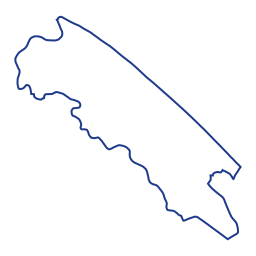 the district of Phu Vang, Thừa Thiên - Huế, Vietnam
{"feature_id": "81297802B31894177777214", "entity_name": "Phu Vang", "entity_type": "district", "adm_level": 2, "iso_a3": "VNM", "parent_name": "Vietnam", "parent_adm1": "Thừa Thiên - Huế", "projection": "robinson", "projection_center": [107.696, 16.453], "detail": "fine", "context": "isolated", "style": "outline", "palette": "blue", "viewbox_px": 256, "rotation_deg": 0, "n_neighbors": 0, "source": "geoboundaries", "source_scale": "gbopen_adm2", "svg_char_len": 5092}
<svg xmlns="http://www.w3.org/2000/svg" viewBox="0 0 256 256"><path d="M41.8,99.2L42.0,98.8L42.3,98.5L42.6,98.4L43.2,98.4L43.7,98.3L44.1,98.1L44.2,97.7L44.2,97.2L44.1,96.6L44.1,96.3L44.3,95.9L44.6,95.3L45.0,94.7L45.3,94.4L45.5,94.4L46.4,94.2L47.1,94.1L48.0,94.1L49.3,94.1L50.0,94.0L51.3,94.1L51.9,94.0L52.5,93.8L53.1,93.5L53.8,93.0L55.1,92.5L55.8,92.1L56.3,92.0L56.7,92.0L57.6,92.3L59.1,92.6L59.3,92.7L60.9,93.1L62.0,93.5L63.0,93.8L63.6,94.2L64.7,94.9L66.7,96.4L67.5,96.8L68.2,97.4L69.4,98.3L70.4,99.1L71.5,99.4L72.8,99.7L74.1,100.0L76.1,100.8L77.1,101.1L77.7,101.4L78.1,101.5L79.1,102.3L79.8,103.2L80.1,103.8L80.3,104.6L80.3,105.4L80.2,106.0L79.8,106.7L79.5,107.3L79.2,107.5L78.8,107.6L77.2,107.9L75.3,108.1L73.9,108.2L73.4,108.3L72.9,108.7L72.5,109.1L72.0,109.9L71.7,110.5L71.5,111.4L71.5,111.8L71.8,113.8L72.2,114.9L72.5,115.4L72.8,115.7L73.8,116.0L74.9,116.5L75.7,116.9L77.5,118.1L78.4,118.7L79.1,119.3L79.5,119.9L80.1,121.0L80.6,122.1L81.1,124.0L81.2,125.1L81.1,125.8L80.7,126.6L80.6,126.9L80.6,127.7L80.7,128.3L80.9,128.7L81.2,129.0L81.7,129.3L83.0,129.3L84.5,129.3L85.3,129.4L85.7,129.5L86.2,129.6L86.6,129.8L86.9,129.9L87.2,130.2L87.5,130.7L88.0,131.8L88.4,132.9L88.7,133.8L88.9,134.6L89.4,135.5L90.1,136.4L90.5,136.8L90.9,137.2L91.4,137.5L91.5,137.6L91.5,137.8L92.3,137.9L93.6,138.1L94.0,138.2L95.1,138.0L96.6,137.7L97.4,137.5L98.1,137.5L98.5,137.6L99.2,138.1L100.2,139.3L101.8,141.0L104.8,145.2L106.6,147.7L108.0,148.8L109.1,149.3L109.8,149.2L111.5,148.6L113.3,147.5L117.5,145.7L118.7,145.2L120.4,145.3L123.0,145.8L124.5,146.3L126.5,147.3L128.9,149.5L129.7,150.9L129.8,151.7L129.8,152.0L129.7,154.6L129.8,156.3L130.3,158.0L131.2,159.6L132.0,160.6L133.2,161.7L134.7,162.7L139.1,164.7L142.0,166.0L143.7,167.1L145.9,169.2L146.5,170.4L147.2,172.3L148.0,175.8L148.3,177.2L148.7,179.5L149.5,181.3L150.3,182.6L150.8,182.9L151.9,183.7L153.3,184.3L156.1,185.1L157.8,186.3L160.0,189.1L161.9,191.5L162.8,192.9L163.5,194.3L164.5,197.8L165.1,199.4L166.4,201.8L166.7,203.0L166.8,203.8L166.5,205.9L166.4,207.1L166.6,207.9L167.0,209.2L167.9,210.1L169.8,210.4L171.9,210.6L173.3,210.8L174.0,211.1L174.8,211.5L176.0,212.4L177.6,213.7L178.4,214.6L179.3,215.2L179.6,215.3L180.3,215.5L181.0,215.7L181.2,215.9L181.5,216.3L182.1,218.2L183.0,220.0L183.2,220.4L183.4,220.6L183.7,220.7L184.0,220.7L185.5,220.1L188.7,218.7L190.7,218.0L193.7,217.0L194.7,216.7L195.6,216.7L196.3,216.8L197.4,217.1L198.2,217.6L199.3,218.4L202.2,220.4L203.6,221.4L208.7,225.1L213.8,228.9L218.9,232.6L224.0,236.4L227.7,239.2L229.1,238.3L232.6,236.2L236.4,234.0L237.0,233.6L237.6,232.9L237.8,232.6L238.0,232.3L238.1,232.0L238.0,230.7L237.7,227.8L237.2,225.6L236.8,224.0L236.2,222.9L235.8,222.1L233.4,219.3L232.3,218.0L231.5,217.0L230.8,215.5L229.6,213.0L228.8,211.2L226.1,204.7L225.0,201.9L224.3,199.9L223.5,198.4L222.6,197.3L221.5,196.2L220.8,195.7L219.2,194.5L216.1,192.0L212.4,188.8L211.5,187.9L210.6,186.9L210.1,186.4L208.1,183.8L208.0,183.7L210.2,180.5L210.6,179.9L210.7,179.6L210.7,178.8L210.7,177.1L210.5,175.4L212.9,175.5L213.0,174.5L213.2,173.9L213.7,173.4L214.6,172.7L216.8,172.1L218.2,172.0L219.0,172.2L220.0,172.4L220.4,172.5L220.9,172.3L221.6,171.6L222.6,170.1L223.1,170.5L224.2,170.9L225.1,171.3L226.3,171.9L228.6,173.2L229.6,173.7L230.2,174.3L231.0,175.6L231.5,176.2L232.0,176.8L232.3,177.5L232.5,178.1L232.9,178.5L233.3,179.0L233.7,178.7L233.8,178.5L234.1,177.9L234.2,177.4L234.8,175.9L235.4,174.8L236.0,173.9L237.0,172.5L238.5,170.1L239.7,168.2L240.4,167.3L240.6,167.0L239.1,165.4L236.0,162.4L232.9,159.0L230.9,157.1L227.4,153.3L226.2,152.1L220.0,145.7L213.9,139.5L204.8,130.1L199.8,125.3L199.4,124.9L191.6,117.3L182.5,108.8L172.5,99.8L171.2,98.6L166.1,94.1L161.7,90.2L153.1,82.6L146.5,77.2L142.5,73.4L136.3,67.6L131.4,63.3L127.9,60.6L121.7,55.8L115.5,50.6L114.2,49.5L110.1,46.2L107.9,44.8L100.2,39.6L99.3,38.9L98.2,38.0L95.5,36.1L94.2,35.1L93.1,34.4L92.5,33.9L91.8,33.3L90.9,32.7L90.3,32.3L90.0,32.1L88.0,31.0L82.8,28.1L81.9,27.4L80.9,26.8L80.3,26.4L79.1,25.8L78.9,25.6L75.0,24.0L70.3,21.7L62.2,17.2L61.1,16.8L60.2,16.9L59.0,17.3L58.2,18.2L57.7,19.2L56.8,19.7L57.8,21.4L58.8,23.9L59.8,26.2L60.4,27.9L61.5,30.3L62.2,32.0L62.3,32.9L62.3,34.0L62.1,35.1L61.8,36.0L61.1,37.1L59.9,38.2L58.9,39.2L57.8,39.8L56.0,40.3L55.5,40.4L53.9,40.5L52.0,40.4L51.7,40.4L48.2,40.2L47.1,40.1L46.1,39.9L45.0,39.4L44.1,38.9L42.6,37.8L41.5,37.3L40.4,36.9L38.8,36.5L36.9,36.3L35.3,36.3L33.4,36.7L31.3,37.8L29.9,39.3L28.8,41.6L28.5,42.1L28.0,43.4L27.6,44.4L27.1,45.5L26.3,46.7L25.1,48.2L23.9,49.1L21.4,50.8L19.3,52.3L18.2,53.6L17.0,55.3L15.7,57.7L15.6,57.9L15.5,58.2L15.4,58.3L15.4,58.5L15.4,59.9L15.4,60.9L15.9,62.8L16.7,64.5L18.1,67.8L19.3,70.0L19.6,71.2L19.5,72.9L19.0,74.7L17.7,78.6L17.5,82.8L17.7,85.2L18.4,87.8L18.8,88.7L19.1,88.8L19.6,88.9L20.4,89.0L21.9,88.8L23.5,88.1L24.8,86.8L25.6,85.8L26.0,85.3L26.7,85.0L26.9,85.0L27.4,85.1L28.7,85.5L29.6,86.7L30.3,88.5L31.0,91.8L31.2,94.0L34.0,94.2L34.0,94.5L33.9,95.0L34.0,95.5L34.1,96.0L34.3,96.5L34.5,96.9L34.7,97.2L35.0,97.4L35.7,98.0L36.6,98.6L37.6,98.9L38.7,99.2L39.3,99.4L40.2,99.6L40.7,99.6L41.0,99.6L41.3,99.4L41.5,99.3L41.8,99.2Z" fill="none" stroke="#1e3a8a" stroke-width="2"/></svg>